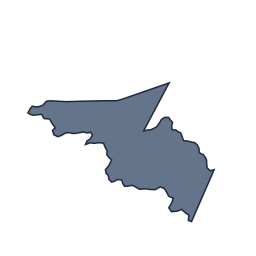 Comendador Levy Gasparian, Rio de Janeiro, Brazil, rotated 205°
{"feature_id": "56859067B81478228357655", "entity_name": "Comendador Levy Gasparian", "entity_type": "district", "adm_level": 2, "iso_a3": "BRA", "parent_name": "Brazil", "parent_adm1": "Rio de Janeiro", "projection": "equal_earth", "projection_center": [-43.248, -22.053], "detail": "fine", "context": "isolated", "style": "filled", "palette": "slate", "viewbox_px": 256, "rotation_deg": 205, "n_neighbors": 0, "source": "geoboundaries", "source_scale": "gbopen_adm2", "svg_char_len": 1379}
<svg xmlns="http://www.w3.org/2000/svg" viewBox="0 0 256 256"><g transform="rotate(205 128 128)"><path d="M30.9,70.1L32.3,126.6L35.4,124.0L39.4,125.3L41.8,129.2L43.2,132.1L45.5,134.1L48.4,135.6L53.0,135.8L55.1,139.6L58.1,142.0L61.5,142.9L65.2,142.0L68.7,141.3L72.3,140.0L75.9,143.7L78.4,145.9L81.2,145.8L83.9,146.5L87.0,145.0L89.1,147.8L90.0,151.9L93.2,153.3L95.8,154.8L99.2,153.2L101.3,149.9L101.7,145.6L102.5,141.3L104.5,138.5L106.7,136.0L109.7,134.3L112.6,131.9L109.8,186.3L145.9,151.2L149.4,148.2L165.1,140.7L195.3,125.7L210.2,119.7L213.2,117.8L214.9,112.4L217.4,110.1L219.9,108.4L224.0,107.3L224.8,104.1L225.1,99.4L221.6,99.0L218.7,99.8L212.1,103.9L208.0,101.1L203.0,103.0L198.0,99.6L194.0,97.4L195.4,93.9L192.4,90.6L188.0,90.4L185.5,92.8L182.6,96.9L179.5,98.9L175.0,99.9L169.7,103.4L166.5,105.6L163.3,106.1L160.0,108.3L157.1,106.2L157.7,101.9L159.7,99.0L159.6,95.1L155.8,98.7L152.2,99.8L148.4,102.2L143.8,103.9L140.6,100.9L137.2,98.5L136.1,95.0L132.6,93.1L129.3,92.2L129.6,85.0L130.9,80.8L128.7,77.6L125.9,76.7L123.5,73.3L120.0,72.0L117.8,73.9L115.8,76.9L111.5,78.1L109.4,75.6L106.6,73.7L102.9,75.7L99.6,78.0L95.7,77.7L91.7,77.3L88.1,79.4L85.4,80.7L82.5,81.4L77.4,83.5L73.8,88.4L69.3,88.4L65.6,85.9L62.2,83.3L57.6,83.6L56.7,79.7L57.3,72.9L53.3,70.5L48.1,73.5L45.1,76.9L40.2,75.4L36.1,74.8L34.2,69.7L30.9,70.1Z" fill="#64748b" stroke="#1e293b" stroke-width="1.5"/></g></svg>